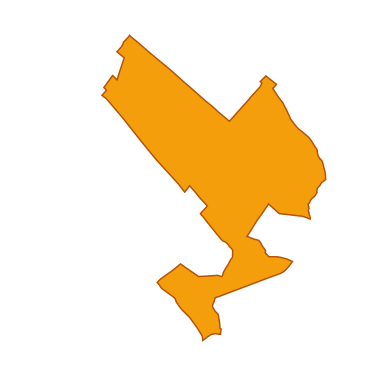 the district of Cuapiaxtla de Madero, Puebla, Mexico, rotated 201°
{"feature_id": "50627088B85656564862732", "entity_name": "Cuapiaxtla de Madero", "entity_type": "district", "adm_level": 2, "iso_a3": "MEX", "parent_name": "Mexico", "parent_adm1": "Puebla", "projection": "robinson", "projection_center": [-97.835, 18.928], "detail": "fine", "context": "isolated", "style": "filled", "palette": "amber", "viewbox_px": 384, "rotation_deg": 201, "n_neighbors": 0, "source": "geoboundaries", "source_scale": "gbopen_adm2", "svg_char_len": 4296}
<svg xmlns="http://www.w3.org/2000/svg" viewBox="0 0 384 384"><g transform="rotate(201 192 192)"><path d="M257.9,221.3L237.2,209.5L207.7,194.7L202.1,191.3L198.8,189.3L196.9,195.3L196.9,195.9L196.5,197.0L188.5,192.8L181.8,188.9L172.6,184.5L176.4,174.8L175.5,174.2L172.3,172.6L165.8,168.6L165.6,168.5L152.7,161.0L151.5,160.5L147.7,158.2L145.6,157.4L142.2,157.2L138.8,155.6L137.8,154.6L134.6,153.2L133.1,152.1L130.8,145.6L131.7,142.9L131.9,140.8L132.4,136.5L133.3,132.4L133.9,128.1L133.5,125.4L134.0,123.6L138.2,123.4L150.1,117.8L150.3,117.7L151.1,117.4L153.1,116.6L155.6,115.4L158.2,116.1L162.7,117.2L163.8,117.4L168.8,118.7L169.9,118.9L170.8,119.1L172.8,119.7L176.1,120.5L177.0,120.7L180.9,113.7L181.4,112.9L181.5,112.7L183.4,109.8L186.3,105.4L188.5,102.0L190.3,99.2L191.4,96.7L192.0,94.9L189.5,93.7L185.8,91.1L183.5,90.5L180.8,89.8L178.0,89.0L175.4,88.3L173.4,87.8L170.2,86.8L169.6,86.5L169.1,85.9L168.5,85.2L167.6,84.1L167.2,83.6L166.6,83.2L165.8,82.7L161.3,79.7L159.0,78.3L149.6,74.3L138.8,67.3L130.7,61.1L128.8,57.2L125.1,63.1L124.8,63.3L123.6,65.3L123.3,65.5L122.9,65.8L119.8,68.0L119.3,68.1L118.0,68.4L114.7,69.2L114.5,69.3L114.4,69.4L114.9,71.1L115.7,74.5L116.9,74.7L118.2,77.2L119.5,80.1L120.0,81.0L121.9,84.0L123.3,86.7L123.9,87.1L124.6,87.5L125.4,87.9L127.2,88.8L127.8,89.0L128.2,89.3L129.1,90.1L130.4,91.1L131.9,92.4L132.1,93.0L132.2,94.8L132.1,97.8L132.1,98.9L132.4,100.1L132.5,101.3L132.2,101.7L131.7,102.4L130.1,103.5L128.9,104.5L127.6,105.7L126.1,107.0L124.1,108.8L123.7,109.2L119.7,112.7L119.6,112.8L113.5,118.2L113.3,118.4L109.7,121.6L107.8,123.3L107.5,123.6L105.9,125.0L102.1,128.4L99.5,130.7L97.2,132.7L94.4,135.3L87.0,141.8L80.5,147.4L77.8,150.6L76.2,153.7L74.7,157.9L73.3,163.1L79.1,163.5L81.7,163.2L85.4,162.8L88.7,162.2L94.0,160.3L96.9,159.1L101.8,161.5L102.0,163.1L103.7,164.7L106.2,166.2L109.0,168.4L109.1,168.8L112.5,170.8L117.7,170.2L123.4,170.3L124.8,170.1L124.8,170.4L124.1,173.3L123.9,173.7L123.8,173.9L123.5,175.9L122.5,181.4L122.4,182.1L122.0,183.7L121.6,186.0L121.2,188.1L121.1,188.4L119.7,193.9L119.1,196.0L118.2,199.9L117.2,204.2L116.2,208.3L116.1,208.2L113.1,207.1L110.2,205.9L107.5,204.9L106.2,204.3L104.8,203.8L102.7,203.1L96.2,204.8L90.0,206.4L85.1,207.6L81.5,208.6L80.7,208.8L78.0,209.1L75.9,209.1L73.8,209.1L72.0,209.0L72.4,210.3L73.1,211.4L73.7,212.1L74.6,212.9L75.0,213.6L75.3,214.3L75.3,214.7L75.6,214.8L75.8,215.0L76.0,215.5L76.6,215.9L76.8,216.4L76.8,217.2L77.0,217.9L76.9,218.6L77.2,219.0L77.6,219.4L77.7,219.5L77.7,219.8L77.7,220.0L77.8,220.1L78.0,220.2L78.0,220.3L78.1,220.6L78.5,221.1L78.9,221.6L79.2,222.2L78.6,223.3L78.4,224.0L78.5,224.9L78.4,226.1L78.2,227.5L77.8,228.5L77.1,230.0L76.9,230.8L76.5,231.1L76.2,231.6L75.9,232.5L75.6,233.6L75.1,236.4L76.0,237.6L76.2,240.8L75.0,243.7L74.3,247.4L71.6,251.6L72.1,252.2L72.4,253.2L73.9,256.5L75.0,258.4L77.7,262.2L80.2,265.7L81.2,267.0L81.8,267.5L82.3,267.9L82.9,268.2L84.0,268.9L84.4,268.8L87.6,271.3L89.0,273.8L89.9,275.6L90.9,276.7L92.8,278.0L93.1,278.2L94.5,279.2L96.1,280.4L97.6,281.5L99.0,282.6L100.5,283.6L102.3,284.6L103.9,285.3L105.5,285.9L107.2,286.5L108.9,287.1L110.8,287.8L112.8,288.3L114.8,288.9L116.8,289.9L117.8,290.3L126.4,295.6L126.9,296.3L127.5,296.9L128.1,297.6L128.9,298.3L129.5,298.9L130.3,299.6L131.0,300.4L131.7,301.1L132.4,301.6L132.9,302.3L133.5,302.7L134.1,303.3L134.6,303.7L135.1,304.1L135.8,304.6L136.6,305.5L137.6,306.3L138.4,307.2L139.3,308.0L140.6,308.7L143.1,310.2L145.1,311.4L147.8,313.4L153.7,317.6L153.6,317.8L152.7,319.9L151.7,322.6L151.8,322.8L164.7,326.8L164.8,326.6L165.0,326.0L167.8,319.5L166.6,319.1L165.8,318.7L166.1,314.6L171.3,301.3L171.7,299.8L173.9,293.9L174.6,292.1L176.2,287.9L177.8,283.7L179.6,278.9L180.7,276.0L182.5,271.4L186.4,272.8L194.9,275.7L204.9,279.6L209.7,281.1L216.4,283.5L217.7,284.0L223.6,286.2L229.5,288.4L232.6,289.6L235.8,290.6L254.4,297.7L255.1,298.0L279.2,306.1L297.1,312.6L297.5,312.7L305.7,315.4L306.4,315.9L306.9,314.0L307.5,312.4L308.6,309.7L309.7,307.3L309.4,305.6L309.9,302.4L310.8,300.0L312.4,296.0L311.2,295.6L306.5,294.0L305.5,293.7L303.8,293.1L303.4,292.9L303.2,289.6L302.8,280.5L302.6,276.5L302.5,275.0L302.2,270.6L302.2,269.7L306.0,271.6L307.5,272.2L307.9,272.3L311.7,257.9L310.1,257.2L308.3,256.4L310.7,249.9L305.5,248.5L283.5,236.5L271.0,229.1L257.9,221.3Z" fill="#f59e0b" stroke="#b45309" stroke-width="1.5"/></g></svg>